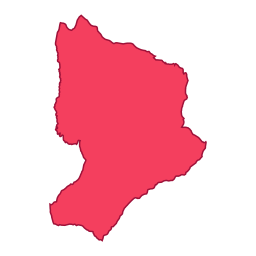 outline of Paz De Río, Boyacá, Colombia
{"feature_id": "7082276B10900430130409", "entity_name": "Paz De Río", "entity_type": "district", "adm_level": 2, "iso_a3": "COL", "parent_name": "Colombia", "parent_adm1": "Boyacá", "projection": "natural_earth1", "projection_center": [-72.768, 6.027], "detail": "fine", "context": "isolated", "style": "filled", "palette": "rose", "viewbox_px": 256, "rotation_deg": 0, "n_neighbors": 0, "source": "geoboundaries", "source_scale": "gbopen_adm2", "svg_char_len": 5661}
<svg xmlns="http://www.w3.org/2000/svg" viewBox="0 0 256 256"><path d="M205.8,141.8L205.1,142.4L204.4,142.6L203.5,142.5L203.0,141.9L202.1,141.8L199.3,138.3L198.3,137.4L194.6,135.1L192.9,134.4L192.5,133.6L191.6,132.4L191.3,131.1L189.5,128.9L188.6,128.3L188.2,127.9L185.9,127.3L182.2,127.3L181.7,127.2L183.5,124.1L183.8,122.8L183.9,121.9L183.6,120.5L183.2,119.6L183.2,119.3L183.8,118.9L184.0,118.5L182.3,116.7L181.6,115.3L181.2,111.5L181.5,110.4L181.6,108.9L181.9,107.5L182.5,106.3L182.5,105.6L183.8,101.5L184.4,100.3L186.7,98.9L187.3,97.2L186.7,96.3L186.9,95.8L186.1,94.7L185.5,93.2L185.5,89.4L185.7,88.7L185.5,88.2L186.0,86.2L188.0,80.4L187.6,79.6L187.0,77.5L186.7,76.1L186.7,74.5L186.2,73.3L185.9,72.9L185.3,72.8L184.4,73.2L183.9,73.9L183.6,73.5L183.2,72.8L183.1,69.6L182.5,68.5L180.8,68.0L179.4,67.3L177.8,65.1L176.6,64.3L175.9,63.7L175.7,63.7L174.8,64.9L174.8,64.4L173.7,63.6L171.9,64.3L169.2,64.3L168.5,64.0L167.3,64.1L166.1,63.7L165.7,62.8L165.1,63.5L164.1,62.4L162.7,61.5L162.2,60.6L161.6,60.3L157.3,59.9L155.9,59.9L153.6,57.7L155.3,56.2L153.8,55.7L151.9,54.1L150.5,53.4L149.0,51.5L148.7,51.5L147.6,51.7L146.8,51.6L145.2,50.6L143.7,50.4L141.1,49.8L138.9,48.9L136.5,47.7L134.3,45.7L133.2,44.3L131.8,43.5L130.2,43.2L127.4,43.2L125.8,43.4L123.2,43.9L116.8,42.8L115.5,42.9L114.2,43.5L113.6,43.5L112.2,42.7L110.6,41.3L109.3,40.5L105.2,39.3L103.4,38.0L102.1,36.8L100.9,34.5L99.9,33.3L99.2,32.8L98.8,32.1L97.8,31.2L97.4,29.7L97.3,28.0L96.7,26.8L95.5,26.4L93.3,26.2L91.7,25.6L91.1,25.3L90.1,24.3L89.1,23.1L87.2,20.2L85.4,19.2L81.2,15.4L79.9,16.5L79.5,16.7L77.3,20.2L76.0,25.0L74.5,28.1L73.4,28.9L72.6,29.2L71.7,30.3L70.7,30.2L69.9,29.7L69.0,29.5L68.6,29.3L66.8,27.3L65.7,24.5L64.9,23.9L63.7,23.3L61.4,23.0L60.5,22.7L60.3,22.9L59.8,25.0L59.1,29.2L58.3,31.2L57.7,31.9L57.4,32.6L55.5,43.1L55.6,44.7L56.6,46.4L56.6,47.8L56.9,48.3L56.6,49.8L56.7,50.3L57.1,50.6L57.3,51.9L58.0,53.0L57.9,54.4L57.6,55.4L57.6,55.7L58.1,56.2L58.0,56.6L57.9,57.6L58.1,58.7L57.9,59.4L57.6,59.8L57.6,61.0L57.9,61.5L59.3,62.5L59.6,63.1L59.6,64.1L59.9,64.9L59.8,65.7L60.0,67.1L59.9,68.0L59.6,68.6L58.8,69.4L59.0,69.8L59.5,70.1L59.4,70.6L59.1,71.0L59.5,71.5L59.3,71.8L59.9,72.7L59.7,73.7L60.2,74.2L59.8,75.1L60.1,75.8L59.6,76.8L60.1,78.0L60.6,78.5L60.5,79.5L60.8,80.3L60.4,81.4L60.5,82.5L59.7,82.8L59.6,83.2L59.7,83.5L59.4,84.1L59.8,84.7L59.6,85.7L59.1,86.9L59.6,88.4L59.3,89.3L59.2,90.2L59.6,91.6L59.6,92.3L59.1,93.7L59.2,94.3L59.4,94.7L59.2,95.5L59.3,96.0L59.2,96.4L58.8,96.9L57.3,97.7L56.4,98.6L56.2,99.4L56.4,101.2L56.3,101.8L55.8,102.5L55.7,103.3L54.9,104.4L54.8,106.5L54.1,107.1L54.2,107.7L54.8,108.3L55.0,109.4L56.2,111.2L56.6,112.2L56.5,113.3L56.1,113.6L55.9,114.3L55.9,115.0L56.3,115.8L57.0,115.8L57.0,116.2L56.7,116.8L56.5,117.8L57.1,118.9L57.0,121.5L57.5,122.8L58.0,123.4L57.9,123.9L57.0,124.6L56.2,127.2L56.2,127.4L56.5,127.7L57.1,127.2L57.4,127.2L57.5,127.7L57.4,128.4L56.9,128.8L55.9,128.9L55.7,129.0L55.6,129.6L55.8,130.0L56.8,130.8L57.1,131.4L57.5,132.4L57.4,133.7L57.6,134.1L58.1,134.2L58.4,134.1L59.6,133.3L60.0,133.2L60.1,133.8L59.7,134.8L59.5,135.4L59.6,135.8L60.0,136.4L60.7,136.5L60.9,136.4L62.0,135.3L62.6,135.1L63.2,135.6L63.4,139.6L63.7,140.4L64.8,141.3L65.1,142.1L65.4,142.5L65.8,142.6L66.1,142.2L66.5,142.1L67.2,142.5L68.2,143.7L69.2,144.2L71.1,144.1L71.7,144.5L73.8,143.9L76.0,143.7L76.5,144.3L77.0,143.8L78.3,140.5L78.6,140.4L80.1,140.7L79.7,141.8L79.6,142.5L79.6,146.2L80.3,148.2L80.8,150.8L81.1,151.4L81.8,152.3L81.9,153.2L82.8,154.9L83.6,157.4L85.9,160.0L85.6,161.1L83.8,164.9L82.8,170.2L81.7,172.0L81.5,173.1L80.8,174.3L80.3,175.8L79.2,178.1L78.6,179.0L77.9,179.8L76.0,181.4L75.1,181.9L74.1,182.2L73.1,183.9L72.7,184.3L72.3,184.4L71.1,184.1L70.6,184.1L69.8,185.1L68.1,186.0L67.1,186.7L65.8,188.1L63.8,189.7L62.0,190.5L61.6,190.8L61.3,191.2L60.8,192.5L60.1,193.8L58.7,195.3L57.5,197.5L57.2,198.4L56.5,201.7L55.9,201.9L55.0,201.9L54.2,202.2L53.8,202.5L52.7,203.9L51.7,204.6L50.9,204.7L50.0,204.2L50.2,208.4L50.4,210.1L50.3,212.0L50.6,213.1L51.6,215.7L51.8,217.3L52.8,221.1L53.2,222.4L53.8,223.8L55.6,224.1L56.8,224.8L58.5,225.5L58.9,225.3L59.4,224.7L59.9,224.7L61.3,225.1L64.8,225.3L69.6,224.1L71.8,224.3L73.2,224.8L74.1,224.3L75.0,224.3L76.4,225.5L78.2,224.8L81.7,225.5L82.8,226.1L84.4,227.9L86.5,229.6L87.2,230.0L87.9,230.1L89.0,231.1L89.7,231.3L92.4,231.5L92.9,231.6L93.2,233.0L93.7,234.0L94.1,234.3L94.1,234.9L94.6,235.9L95.8,236.4L96.8,237.9L97.9,238.7L98.7,239.6L99.3,239.9L100.2,239.7L101.2,239.8L102.2,240.6L103.0,238.2L103.3,236.6L103.7,235.6L104.2,235.3L106.5,234.6L107.4,234.0L107.7,233.6L109.1,230.8L110.6,229.8L111.2,228.9L111.4,228.5L111.3,227.3L111.5,227.0L111.8,226.8L113.0,226.7L113.4,226.5L114.1,225.6L116.3,223.4L117.0,221.7L117.6,220.7L119.1,218.7L119.6,217.5L120.0,216.1L121.7,214.6L122.4,213.8L122.8,211.5L124.4,208.1L125.2,207.4L125.8,206.6L127.3,205.1L128.4,203.8L131.5,200.6L133.9,198.4L135.1,197.8L135.5,197.7L136.8,198.0L136.7,198.1L137.5,198.4L139.3,198.3L139.6,198.1L140.8,196.5L142.0,195.3L144.3,194.2L146.6,193.8L147.3,192.3L147.7,190.1L148.0,189.6L150.4,188.9L152.5,188.7L153.8,188.1L154.4,187.2L155.4,184.8L155.7,184.6L156.2,184.8L156.5,184.6L157.9,182.9L158.5,182.5L161.4,182.2L162.3,181.8L163.7,180.9L166.2,180.4L168.8,180.9L170.6,180.5L172.6,180.4L174.2,179.0L175.2,177.0L176.1,176.1L178.6,176.1L180.2,175.5L181.2,174.8L181.6,174.7L182.6,174.7L184.2,175.0L185.5,174.2L185.8,173.5L185.9,172.4L187.3,171.6L188.9,169.8L189.8,168.5L190.0,167.6L190.4,166.9L195.4,163.2L195.9,162.8L196.2,161.9L197.3,160.5L197.6,160.3L199.5,159.6L201.1,157.6L202.0,156.7L202.1,156.3L201.8,155.2L202.9,151.5L203.6,150.3L205.3,148.2L205.4,147.8L205.4,146.6L206.0,142.8L206.0,142.2L205.8,141.8Z" fill="#f43f5e" stroke="#9f1239" stroke-width="1.5"/></svg>